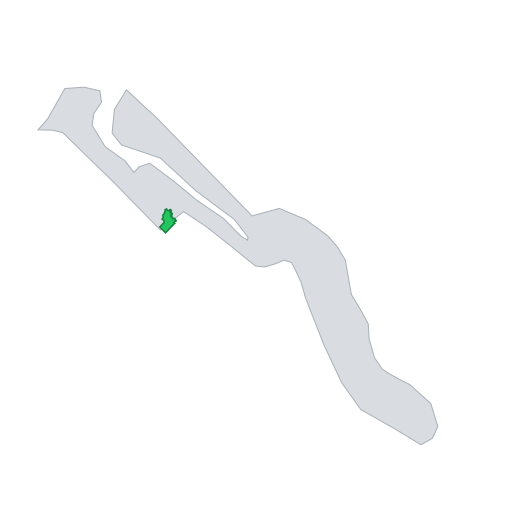 location of Foni Jarrol, West Coast, Gambia, rotated 45°
{"feature_id": "56634734B7386392108855", "entity_name": "Foni Jarrol", "entity_type": "district", "adm_level": 2, "iso_a3": "GMB", "parent_name": "Gambia", "parent_adm1": "West Coast", "projection": "albers", "projection_center": [-15.848, 13.224], "detail": "fine", "context": "in_parent", "style": "filled", "palette": "green", "viewbox_px": 512, "rotation_deg": 45, "n_neighbors": 0, "source": "geoboundaries", "source_scale": "gbopen_adm2", "svg_char_len": 2612}
<svg xmlns="http://www.w3.org/2000/svg" viewBox="0 0 512 512"><g transform="rotate(45 256 256)"><path d="M46.9,230.1L89.8,228.6L141.7,229.3L198.2,230.1L224.9,230.4L238.8,205.9L265.4,195.1L292.6,191.0L306.8,192.0L321.8,195.6L350.5,215.7L368.4,220.2L383.5,224.7L394.4,234.5L411.6,244.1L425.1,246.7L433.2,245.1L446.5,241.3L455.3,238.2L483.9,236.7L505.1,247.9L509.6,260.1L506.2,272.8L477.9,279.7L438.7,290.5L406.2,285.0L366.7,270.8L343.6,260.6L333.9,256.5L319.5,250.0L306.9,242.9L294.8,238.4L285.5,235.5L278.7,239.2L275.2,247.9L269.8,257.7L262.7,263.5L229.6,266.9L199.9,270.5L184.0,273.6L173.4,275.9L170.0,305.2L136.3,304.9L103.3,304.5L69.0,305.0L32.1,305.4L22.6,311.4L12.6,321.0L11.7,306.3L2.4,272.8L15.0,258.2L28.8,249.6L38.0,256.5L40.7,270.2L47.8,279.5L72.0,285.4L96.0,281.3L110.6,283.2L110.2,275.7L115.2,265.6L144.3,261.3L175.0,258.4L206.6,252.4L231.4,252.6L238.8,250.9L237.0,248.3L214.8,245.5L167.4,252.4L119.1,254.4L82.4,272.6L67.4,270.9L52.3,252.6L46.9,230.1Z" fill="#d9dde1" stroke="#a8b0b8" stroke-width="1"/><path d="M167.4,303.5L173.3,303.6L174.0,303.6L175.6,303.6L175.6,299.9L175.5,296.8L175.4,291.0L175.3,290.8L175.5,290.5L175.4,290.5L175.2,290.4L174.7,290.3L174.4,290.3L174.1,290.3L174.1,290.1L174.0,289.1L174.1,288.8L174.1,288.6L174.6,288.4L174.7,288.2L174.8,288.0L174.8,287.9L174.7,287.6L174.5,287.4L174.4,287.3L173.9,287.2L173.2,287.3L172.9,287.3L172.7,287.1L172.4,287.0L172.2,287.0L171.8,287.1L171.6,287.1L171.1,287.3L170.9,287.6L170.9,287.8L171.0,288.0L170.9,288.3L170.5,288.4L170.3,288.4L170.0,288.4L169.6,288.3L169.4,288.2L169.0,288.0L168.9,288.0L168.9,287.9L168.8,287.6L168.7,287.5L168.5,287.4L168.4,287.3L168.1,287.4L167.9,287.7L167.7,287.9L167.7,288.1L167.3,288.1L167.1,287.5L167.0,287.2L166.9,287.0L166.9,286.9L167.1,286.5L167.2,286.4L167.3,286.3L167.3,286.1L167.3,285.8L167.2,285.8L166.9,285.3L166.7,285.2L166.2,285.2L165.8,285.3L165.6,285.4L165.6,285.6L165.6,285.9L165.4,286.0L165.2,286.1L164.8,286.0L164.3,285.8L164.2,285.7L164.2,285.4L164.4,285.2L164.6,285.1L164.7,284.8L164.6,284.7L164.2,283.9L163.8,283.7L163.2,283.5L162.8,283.5L162.6,283.7L162.5,284.1L162.3,284.3L162.4,284.8L162.5,284.9L162.6,285.1L162.6,285.3L162.4,285.5L162.0,285.8L160.9,286.2L160.5,286.2L160.3,286.2L159.8,285.9L159.7,285.9L159.5,286.1L159.3,286.2L159.4,286.5L159.4,286.9L159.4,287.1L159.1,287.4L159.0,287.5L159.6,288.1L160.0,288.2L160.1,288.3L160.1,289.0L160.6,290.0L160.7,290.5L161.1,290.8L161.2,291.1L161.2,292.0L161.1,292.7L161.1,292.8L163.3,294.6L163.4,296.3L164.7,296.2L165.3,296.2L165.8,296.1L167.3,297.2L167.3,299.4L167.4,302.0L167.4,303.5Z" fill="#22c55e" stroke="#15803d" stroke-width="1.5"/></g></svg>